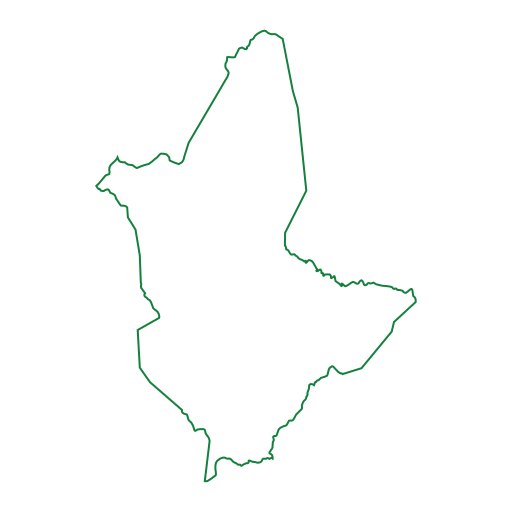 Erandique, Lempira, Honduras (Equal Earth projection)
{"feature_id": "27666195B48277462959075", "entity_name": "Erandique", "entity_type": "district", "adm_level": 2, "iso_a3": "HND", "parent_name": "Honduras", "parent_adm1": "Lempira", "projection": "equal_earth", "projection_center": [-88.442, 14.245], "detail": "fine", "context": "isolated", "style": "outline", "palette": "green", "viewbox_px": 512, "rotation_deg": 0, "n_neighbors": 0, "source": "geoboundaries", "source_scale": "gbopen_adm2", "svg_char_len": 6060}
<svg xmlns="http://www.w3.org/2000/svg" viewBox="0 0 512 512"><path d="M306.3,190.7L297.7,107.6L292.9,91.2L282.7,38.9L277.5,35.5L276.8,34.9L275.9,34.4L274.7,34.1L271.8,34.2L270.0,33.8L268.0,32.9L265.7,31.0L264.5,30.7L263.4,30.9L261.5,31.5L257.8,33.6L256.2,34.8L255.1,35.8L254.5,36.7L253.6,38.3L252.8,39.1L252.2,39.5L250.7,39.9L250.1,41.3L249.8,43.1L249.2,44.8L248.6,45.8L247.2,46.8L247.0,47.2L247.0,48.3L246.3,49.2L244.8,49.0L242.8,47.9L242.2,47.6L241.3,47.7L240.1,48.1L239.3,48.5L238.9,49.0L237.7,51.5L236.1,54.5L235.4,56.2L234.9,57.1L233.1,57.4L227.7,57.0L227.2,57.2L227.1,57.8L227.1,59.2L227.0,60.2L226.6,61.5L225.5,63.7L225.3,66.1L225.5,67.1L225.8,68.2L227.8,70.8L228.3,71.7L228.6,72.5L228.6,73.1L228.5,73.7L227.3,77.2L226.6,78.0L226.2,79.1L225.7,79.6L218.9,91.3L188.7,142.7L184.5,155.9L183.6,159.4L183.2,160.3L182.0,162.2L178.8,164.1L174.2,162.5L171.1,161.2L169.7,160.4L169.2,157.5L168.7,156.7L166.7,154.5L166.0,154.2L162.9,153.7L161.4,153.6L160.7,153.8L160.1,154.2L158.7,155.6L157.0,157.5L155.1,158.9L151.6,161.9L148.7,164.0L145.8,164.7L141.5,166.1L137.0,168.0L136.3,167.8L135.4,167.3L132.5,165.1L128.2,164.6L126.2,163.4L124.7,162.2L123.1,162.4L121.3,161.9L120.4,161.9L118.8,160.5L117.5,157.3L116.9,158.7L115.7,160.2L114.2,161.7L111.9,163.8L110.3,165.6L109.5,167.5L109.2,169.8L109.6,172.3L109.2,174.1L106.3,175.1L105.2,175.9L98.8,183.6L97.3,185.0L96.3,185.9L98.0,188.5L98.7,189.0L99.5,188.9L100.1,189.5L100.6,190.4L101.0,190.7L103.7,191.1L105.0,190.2L106.7,189.5L107.7,189.4L108.4,189.6L108.9,190.2L110.4,192.8L113.0,193.9L114.2,194.6L114.7,195.1L115.5,196.6L116.0,198.5L119.4,203.6L120.7,205.4L121.5,205.7L123.8,205.7L125.4,206.1L126.4,206.6L127.2,207.6L127.9,217.4L135.5,229.6L139.8,255.4L140.8,282.6L141.3,284.2L141.0,285.8L141.1,287.8L145.0,293.1L145.1,293.4L144.7,293.7L144.4,294.7L144.4,295.5L144.7,296.2L145.5,297.0L146.9,297.9L148.1,299.3L149.4,300.0L150.2,300.8L150.7,301.6L151.4,303.2L153.3,308.3L157.2,311.5L158.1,312.6L158.8,314.2L159.3,316.6L159.1,317.9L137.7,330.0L139.8,367.7L150.0,382.2L182.0,410.0L181.9,410.9L182.0,411.8L182.3,412.3L183.0,413.1L184.2,413.8L186.5,414.4L186.9,414.7L187.4,415.8L188.4,419.6L189.5,421.0L191.2,422.5L192.6,424.9L193.3,426.4L194.2,429.7L194.7,430.6L195.1,430.8L195.4,430.8L198.0,429.4L200.6,429.1L203.5,429.1L204.3,429.5L204.9,430.1L205.7,433.5L208.5,437.4L209.2,439.1L209.6,441.0L204.8,481.1L206.1,481.3L207.5,481.0L211.7,478.4L213.1,477.2L215.6,475.4L215.9,474.6L215.9,473.5L215.8,471.7L215.4,469.1L215.4,467.2L215.5,464.9L215.9,463.1L216.6,461.7L217.5,460.6L219.9,458.8L221.6,458.0L223.2,457.6L224.4,457.6L224.9,457.7L226.0,458.3L227.3,458.7L228.0,458.7L228.9,458.5L229.9,458.7L230.9,459.3L233.7,462.2L234.9,462.7L235.9,463.0L238.1,464.7L239.2,464.6L240.3,464.8L240.8,465.5L241.3,465.8L242.1,465.5L243.4,464.5L245.4,463.6L246.5,463.2L247.5,463.2L248.1,463.0L248.6,462.5L248.7,462.0L248.6,461.2L248.8,460.7L249.1,460.5L250.1,460.7L252.2,461.7L255.3,462.1L256.8,462.6L258.4,462.7L259.8,462.4L261.1,461.7L261.9,460.7L262.4,459.4L263.2,458.7L265.8,458.8L266.3,458.6L266.9,458.2L267.4,458.0L268.4,458.3L269.2,458.9L271.4,457.9L272.0,458.1L272.6,458.6L272.7,458.0L272.2,455.3L271.4,454.4L269.7,453.4L269.4,452.8L269.8,451.8L271.9,448.8L272.5,447.5L272.8,442.4L273.8,440.2L273.7,439.3L273.2,437.2L273.2,436.8L273.5,436.4L274.0,436.1L275.7,436.0L276.5,435.5L277.0,434.2L278.5,430.0L278.9,429.2L279.6,428.5L280.7,427.6L281.9,427.0L284.2,426.0L285.5,425.7L286.3,425.3L287.2,424.1L288.9,420.9L289.1,420.7L289.9,420.5L291.1,420.6L292.0,420.5L292.6,420.3L293.1,419.9L293.8,419.0L296.1,414.6L301.7,409.0L302.0,408.2L301.9,405.2L302.7,403.1L303.2,402.0L303.8,401.1L305.6,399.3L305.9,398.8L306.3,397.0L307.1,395.7L307.4,395.0L307.6,394.3L307.4,393.3L307.6,392.2L308.9,388.8L309.0,387.8L309.2,385.8L309.3,385.2L309.5,384.7L310.7,384.1L311.5,384.1L312.8,384.4L314.0,385.2L315.0,382.4L315.4,382.0L315.8,382.1L316.1,381.9L316.9,380.8L317.6,380.4L318.6,380.1L321.0,377.9L325.2,376.6L327.0,375.7L327.3,375.3L327.6,374.4L328.8,369.5L329.2,368.5L330.4,367.3L331.8,366.4L332.5,366.3L333.3,366.7L337.6,371.3L339.4,372.8L340.5,373.3L341.9,373.4L342.6,374.1L361.5,368.2L391.7,331.6L394.0,322.0L415.7,302.0L415.7,300.3L415.4,298.5L415.1,297.9L414.4,297.0L413.2,295.9L412.4,290.3L412.0,289.4L411.7,289.1L411.4,289.0L410.8,289.1L410.0,289.6L407.8,291.5L406.4,292.5L405.8,292.8L405.2,292.8L403.9,292.3L402.6,290.9L401.8,290.5L399.4,290.0L397.4,289.9L397.0,289.6L396.4,288.8L395.8,288.5L395.2,288.5L394.3,288.9L393.6,288.8L393.0,288.4L392.2,287.4L391.6,287.0L389.6,286.5L386.7,286.1L382.0,285.7L376.6,284.4L376.0,284.2L374.6,283.3L373.5,282.7L373.1,282.7L372.1,283.2L371.1,283.4L370.2,283.4L368.9,283.1L368.1,283.2L367.6,283.5L367.0,284.4L366.5,284.8L365.5,285.1L364.6,285.1L364.0,284.5L363.3,282.6L362.3,280.9L361.8,280.5L361.5,280.3L360.8,280.6L359.8,281.4L359.2,282.1L358.6,283.2L357.9,283.7L357.2,283.7L356.3,283.5L354.3,282.3L352.8,281.9L351.2,282.8L348.2,284.9L346.5,285.8L345.3,286.2L344.7,286.0L342.3,283.7L341.9,283.6L341.6,283.9L341.5,284.3L341.6,284.6L342.0,285.0L342.0,285.5L341.8,285.9L341.4,286.0L340.5,285.1L339.1,283.5L337.2,282.3L335.6,281.1L335.4,280.5L335.0,277.9L334.4,276.2L334.1,276.2L332.8,277.4L331.3,278.1L331.0,277.8L331.0,276.9L330.9,276.2L330.1,274.7L329.8,274.5L327.6,274.4L325.3,274.5L324.8,274.7L324.0,275.6L323.6,275.8L323.3,275.6L323.1,275.2L323.3,274.2L323.2,273.6L322.7,273.1L321.9,273.3L321.5,273.1L321.4,272.5L321.4,271.2L320.9,270.0L320.6,269.6L320.1,269.6L319.4,269.9L317.7,271.1L317.1,271.2L316.6,271.1L316.4,270.7L316.5,270.4L316.7,270.2L317.3,270.2L317.5,269.9L317.4,269.5L316.3,268.1L313.3,262.8L312.3,261.6L311.6,260.9L310.1,260.3L308.7,260.2L308.3,260.5L306.6,262.4L306.0,262.8L305.8,262.6L305.7,262.4L306.2,261.6L306.1,261.2L305.9,260.9L305.4,260.8L304.7,261.4L304.2,261.4L302.5,260.1L300.0,259.2L298.4,258.1L297.3,256.6L295.5,255.5L294.6,254.4L294.1,254.3L291.4,254.6L290.7,254.2L289.9,253.3L288.9,251.3L287.9,250.0L287.4,249.7L286.6,249.6L286.2,249.2L286.1,248.7L286.0,247.8L285.9,247.1L285.5,246.2L284.9,245.5L285.1,232.8L306.3,190.7Z" fill="none" stroke="#15803d" stroke-width="2"/></svg>